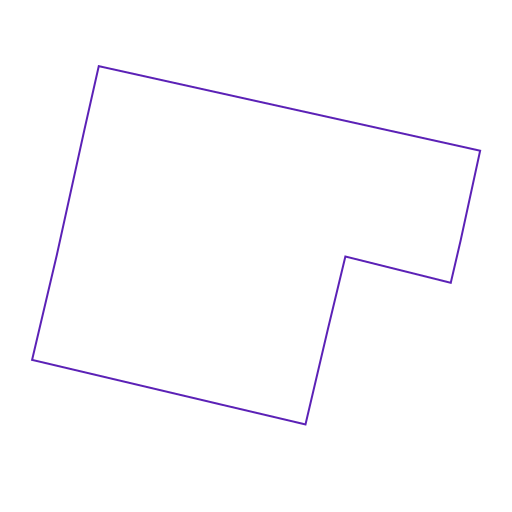 the district of Fayette, Indiana, United States of America, rotated 103°
{"feature_id": "52423323B31506372049055", "entity_name": "Fayette", "entity_type": "district", "adm_level": 2, "iso_a3": "USA", "parent_name": "United States of America", "parent_adm1": "Indiana", "projection": "orthographic", "projection_center": [-85.152, 39.657], "detail": "fine", "context": "isolated", "style": "outline", "palette": "violet", "viewbox_px": 512, "rotation_deg": 103, "n_neighbors": 0, "source": "geoboundaries", "source_scale": "gbopen_adm2", "svg_char_len": 307}
<svg xmlns="http://www.w3.org/2000/svg" viewBox="0 0 512 512"><g transform="rotate(103 256 256)"><path d="M407.6,450.8L408.6,255.8L409.0,169.9L310.2,169.5L236.4,168.8L238.3,60.2L195.2,60.1L103.0,61.3L106.4,451.9L171.2,451.6L300.1,450.3L407.6,450.8Z" fill="none" stroke="#5b21b6" stroke-width="2"/></g></svg>